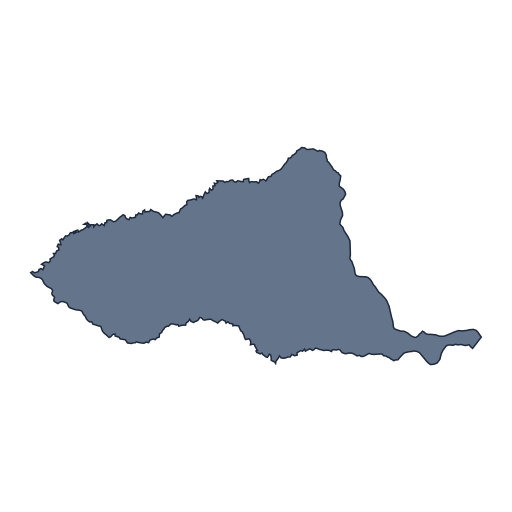 São Félix do Tocantins, Tocantins, Brazil (Natural Earth projection)
{"feature_id": "56859067B86088518377139", "entity_name": "São Félix do Tocantins", "entity_type": "district", "adm_level": 2, "iso_a3": "BRA", "parent_name": "Brazil", "parent_adm1": "Tocantins", "projection": "natural_earth1", "projection_center": [-46.69, -10.044], "detail": "fine", "context": "isolated", "style": "filled", "palette": "slate", "viewbox_px": 512, "rotation_deg": 0, "n_neighbors": 0, "source": "geoboundaries", "source_scale": "gbopen_adm2", "svg_char_len": 6036}
<svg xmlns="http://www.w3.org/2000/svg" viewBox="0 0 512 512"><path d="M73.7,231.7L72.1,232.8L70.5,232.6L69.1,234.9L67.3,236.0L65.5,235.9L62.8,239.9L61.7,238.8L59.6,240.3L60.4,242.3L60.8,244.8L58.2,244.1L57.2,246.6L58.6,247.6L58.9,250.0L56.7,250.8L55.6,253.4L53.5,253.5L54.5,255.3L53.6,256.8L50.0,259.0L50.3,261.1L48.7,262.6L45.8,261.9L43.5,262.9L41.5,264.3L44.5,265.8L42.9,269.7L41.0,268.5L38.9,269.6L38.4,271.6L34.7,272.8L32.5,271.5L30.7,272.7L33.7,275.7L35.9,277.1L38.4,277.3L40.6,278.1L42.5,279.8L43.9,283.0L45.5,284.9L47.2,286.5L51.4,288.7L52.7,290.6L51.8,293.4L52.4,295.2L53.6,296.1L54.6,297.5L53.7,299.7L54.1,301.4L57.8,303.6L60.4,301.8L62.5,301.5L65.0,302.2L67.2,303.3L68.6,306.7L70.1,307.9L75.3,309.7L79.8,310.3L81.7,311.0L83.7,314.7L85.3,316.3L86.3,318.7L87.8,320.5L89.8,322.0L91.6,321.7L92.9,324.2L95.0,324.7L98.0,325.8L100.7,326.4L102.5,331.2L104.4,333.4L106.3,334.9L109.1,337.5L110.8,336.7L112.8,334.4L115.0,334.0L115.1,336.0L117.6,336.7L119.3,337.5L120.2,339.0L125.3,339.7L127.5,343.0L131.6,343.5L133.5,342.8L135.2,342.8L136.4,341.8L138.0,342.4L142.9,343.2L144.7,343.0L146.0,342.0L148.6,342.7L150.0,340.1L151.8,339.4L153.5,339.0L155.1,339.7L157.0,337.8L159.2,337.1L159.5,333.8L161.7,332.5L162.3,330.7L163.6,329.4L164.6,327.7L166.9,326.2L168.4,326.3L170.6,324.1L173.1,323.9L176.4,324.9L177.9,324.6L178.8,326.2L181.5,325.4L183.5,325.1L185.6,325.2L186.1,323.0L188.4,321.4L189.7,319.2L191.0,321.4L193.7,322.5L194.9,321.5L196.5,321.2L198.3,319.9L199.8,317.4L201.5,317.9L203.3,319.8L204.8,320.1L206.8,319.6L210.8,319.2L212.5,320.4L216.4,322.2L217.7,323.1L219.3,321.4L222.0,319.5L225.3,321.2L226.0,323.1L227.9,321.8L229.7,323.4L232.8,324.0L232.9,325.8L234.4,325.5L238.6,325.8L240.7,330.8L242.2,331.8L243.9,335.0L244.5,337.4L245.5,339.5L248.9,338.8L250.3,340.3L250.8,342.7L250.4,344.8L252.8,344.2L254.5,344.5L255.0,346.2L257.4,350.5L256.0,351.0L256.7,352.4L258.3,353.0L260.2,353.9L261.9,353.1L262.8,354.6L264.1,355.4L266.0,357.0L267.5,357.3L268.4,355.9L269.3,354.2L270.6,355.0L271.1,357.1L271.2,360.3L274.6,362.0L275.6,363.4L275.9,361.3L278.1,358.4L279.5,355.9L281.1,357.9L283.6,358.3L286.3,357.7L288.0,356.9L290.2,357.0L291.7,354.5L294.6,355.7L297.1,355.2L297.1,352.7L300.7,350.6L302.6,351.2L304.5,349.1L305.4,351.2L307.2,350.1L310.0,348.8L312.4,350.4L313.9,349.7L315.5,348.1L317.8,348.7L320.0,349.6L321.4,349.8L323.8,350.5L326.0,350.2L328.8,350.3L331.6,351.5L332.1,349.9L334.1,349.7L336.3,350.1L338.3,349.4L339.8,349.8L342.1,352.6L344.8,353.6L346.7,353.7L348.0,353.1L351.7,353.1L353.7,353.9L357.1,355.9L359.5,355.4L361.1,356.5L363.5,356.4L369.2,353.4L371.0,354.1L374.0,354.5L375.8,354.2L381.1,354.0L382.5,354.3L383.5,355.7L385.9,356.0L387.5,357.1L389.3,357.6L390.7,358.9L392.3,359.7L393.7,360.7L395.3,360.0L397.9,359.8L399.9,357.4L401.8,355.3L403.8,353.3L405.2,352.6L409.8,351.6L412.0,351.5L413.5,351.0L416.5,351.3L419.4,352.6L426.5,361.1L428.2,362.9L430.3,364.5L431.7,364.5L434.1,364.2L437.1,363.0L439.9,359.3L441.3,353.6L442.9,350.4L446.3,345.8L449.0,344.9L453.1,345.3L455.5,344.3L458.0,344.9L460.9,344.5L465.3,345.5L467.2,345.2L469.1,344.7L470.7,346.8L472.6,348.4L481.3,337.1L477.7,331.9L476.0,330.3L473.3,329.4L469.1,329.8L467.0,330.4L462.2,330.9L458.3,330.6L453.7,332.2L451.3,333.3L444.5,336.1L442.2,336.3L439.3,336.1L435.6,334.8L430.3,334.3L428.0,334.4L425.8,333.7L424.3,332.2L422.5,331.2L420.7,333.2L419.2,334.3L418.1,335.8L416.3,337.2L414.9,337.5L411.3,336.0L407.8,333.1L404.5,331.4L403.1,331.1L401.1,331.2L396.9,329.8L394.6,328.9L393.5,327.3L392.8,321.4L391.6,317.4L389.1,306.3L386.6,300.5L384.8,298.0L380.8,293.8L378.7,292.1L375.1,286.6L373.5,284.9L371.5,281.2L369.9,279.1L368.2,277.6L365.9,276.8L359.6,276.6L356.5,275.8L355.1,273.8L354.3,268.5L351.8,261.4L350.3,259.6L349.9,257.6L350.4,255.0L350.0,241.0L347.8,236.4L344.0,230.6L343.0,227.6L339.8,224.1L340.5,220.0L342.6,215.6L342.4,212.3L340.2,205.4L340.1,202.9L341.2,200.2L343.1,199.0L345.6,194.4L345.2,192.2L343.5,189.4L341.6,187.8L339.4,186.4L339.2,183.8L340.2,179.9L340.4,177.7L340.8,176.0L339.0,174.3L338.2,172.8L336.6,172.3L335.4,170.8L333.7,170.0L331.8,166.6L330.3,164.7L328.8,162.4L327.2,161.1L327.1,159.4L326.4,157.6L326.3,155.2L324.9,152.5L322.3,151.0L320.9,150.9L319.5,150.4L317.9,151.3L313.4,148.9L308.4,149.4L306.6,149.4L304.8,147.9L301.5,147.5L300.2,148.9L296.8,150.9L296.1,152.8L294.0,154.5L292.3,155.4L291.4,156.9L289.9,158.3L288.4,158.1L287.7,160.3L286.1,162.8L284.7,164.1L281.6,168.5L279.8,170.1L276.4,171.4L274.9,172.7L271.8,174.6L270.9,176.4L268.5,176.7L266.0,180.9L263.3,179.3L261.5,180.1L260.1,179.6L259.4,181.9L258.3,183.2L256.6,181.7L253.9,181.9L251.2,181.6L249.5,182.6L248.8,180.4L248.7,178.5L246.3,178.8L243.7,179.4L243.1,181.7L241.4,181.6L237.8,180.7L235.9,182.2L234.1,181.7L232.6,180.0L230.2,180.3L228.7,181.7L226.9,181.5L224.7,182.4L223.1,181.0L216.8,180.8L217.7,182.6L216.0,183.6L214.3,183.2L215.0,185.7L212.8,186.1L213.1,188.9L211.5,190.3L209.7,188.4L209.1,190.0L209.1,192.5L206.9,193.5L205.3,191.9L204.4,193.7L202.6,198.2L201.8,196.8L200.1,196.3L198.9,197.4L198.0,195.8L196.0,195.6L196.4,197.5L196.4,199.8L195.0,199.2L193.5,199.0L190.1,200.1L188.0,200.3L186.8,201.5L186.8,204.7L185.0,205.4L182.3,208.0L180.6,208.9L178.9,212.8L177.2,212.9L174.1,214.4L171.8,216.4L170.2,214.9L168.2,214.7L165.8,214.2L164.6,215.4L162.9,217.7L160.9,215.1L158.7,212.9L157.3,212.3L153.5,211.4L150.7,209.5L149.8,211.4L147.2,211.6L145.0,212.0L144.6,209.9L142.8,211.2L142.4,214.0L140.6,213.9L138.6,213.0L137.4,214.8L135.8,214.9L135.4,217.3L131.9,218.0L130.1,217.4L129.0,219.6L127.1,219.0L125.7,217.9L124.9,215.6L123.1,214.7L121.9,215.8L120.1,217.0L115.5,221.4L113.4,221.7L110.4,219.8L108.6,219.9L106.9,220.3L106.7,222.5L105.0,222.7L104.2,225.6L101.7,223.8L100.0,225.5L98.5,225.4L97.0,223.8L95.3,225.0L93.8,226.8L93.8,224.8L90.9,224.7L89.8,226.3L88.4,227.5L87.4,225.9L85.9,227.5L84.3,228.7L82.8,229.7L81.3,230.1L78.6,232.0L77.8,230.1L76.3,230.5L73.7,231.7ZM73.7,231.7L76.3,232.3L74.0,233.6L73.7,231.7ZM86.5,224.5L87.4,225.9L89.4,224.5L87.3,222.5L86.5,224.5ZM86.5,224.5L85.7,223.2L84.0,224.3L86.5,224.5Z" fill="#64748b" stroke="#1e293b" stroke-width="1.5"/></svg>